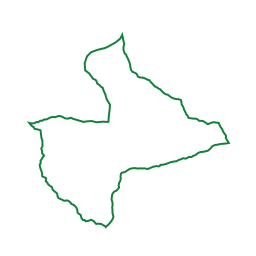 Chang, Thimphu, Bhutan, rotated 168°
{"feature_id": "84629894B66092782557801", "entity_name": "Chang", "entity_type": "district", "adm_level": 2, "iso_a3": "BTN", "parent_name": "Bhutan", "parent_adm1": "Thimphu", "projection": "mercator", "projection_center": [89.678, 27.44], "detail": "fine", "context": "isolated", "style": "outline", "palette": "green", "viewbox_px": 256, "rotation_deg": 168, "n_neighbors": 0, "source": "geoboundaries", "source_scale": "gbopen_adm2", "svg_char_len": 5375}
<svg xmlns="http://www.w3.org/2000/svg" viewBox="0 0 256 256"><g transform="rotate(168 128 128)"><path d="M170.4,35.7L169.5,36.3L167.0,37.8L165.9,38.5L163.7,40.3L161.4,42.8L161.2,43.3L160.7,44.4L160.8,46.5L160.8,48.4L160.1,51.6L160.1,53.3L159.1,55.8L158.7,58.4L158.9,61.6L158.6,62.7L157.5,65.6L157.3,65.9L157.1,66.5L156.8,67.0L156.1,67.5L155.4,68.1L154.6,68.7L153.5,69.0L152.5,69.0L151.4,69.7L150.0,70.9L149.1,71.6L149.1,73.7L148.2,76.0L146.6,77.9L145.6,80.1L145.3,82.4L144.6,84.2L144.2,84.9L143.5,85.5L142.3,85.5L140.1,85.6L137.8,86.5L136.0,87.2L134.5,87.7L132.3,87.6L130.7,87.6L128.3,86.9L127.1,86.3L125.2,86.1L123.2,85.7L120.3,85.1L117.8,84.0L117.0,83.9L115.8,84.0L113.6,84.5L112.1,84.7L110.4,84.9L108.8,84.8L107.5,84.7L105.8,84.0L104.8,84.3L103.9,85.1L103.1,85.1L101.9,84.8L99.1,84.9L97.7,85.0L95.8,85.3L93.6,85.7L92.9,85.6L92.5,85.6L91.9,85.7L90.4,85.7L88.3,85.5L86.9,85.5L84.8,86.3L82.1,86.4L81.1,86.9L79.8,86.9L79.2,86.5L78.2,86.1L77.4,86.2L76.8,86.2L75.9,86.5L75.4,86.7L74.7,87.0L73.8,86.8L73.3,86.7L72.8,86.6L72.2,86.4L71.5,86.5L71.0,86.7L70.1,87.3L68.8,87.3L67.5,87.6L65.5,88.5L64.4,89.1L63.7,89.2L62.0,89.4L61.2,89.3L60.6,89.1L59.7,89.3L59.3,89.2L58.1,88.9L57.4,89.1L56.7,89.2L56.0,89.2L55.5,89.2L54.8,89.1L53.6,89.7L52.1,90.5L50.6,91.6L49.8,92.4L48.5,92.9L46.6,93.2L45.7,93.3L44.8,93.1L42.9,93.1L40.7,93.1L34.6,92.4L32.5,92.4L33.1,94.2L33.8,95.7L34.4,98.2L33.8,99.5L33.9,100.7L34.7,102.2L35.3,103.6L35.8,105.0L36.0,107.0L36.4,107.7L37.2,109.5L37.5,110.7L37.9,111.9L38.2,114.1L40.1,114.8L43.1,115.9L43.5,116.0L45.2,115.7L46.5,115.6L47.9,115.4L48.7,115.2L49.1,115.2L49.5,115.3L50.2,116.4L51.8,117.8L53.1,119.2L54.4,119.6L55.1,119.8L55.6,120.0L57.0,120.3L58.0,121.7L58.5,122.3L59.6,122.9L60.3,123.2L62.1,123.6L62.9,123.8L63.7,124.2L65.2,124.7L65.6,124.9L66.0,125.1L66.7,125.4L67.1,127.4L67.3,127.8L68.1,129.2L68.4,130.8L68.8,132.5L69.4,134.3L69.5,136.7L69.6,137.1L70.6,139.6L70.4,141.4L70.3,144.2L72.1,145.4L72.9,145.8L74.0,146.0L74.9,146.3L77.2,147.4L78.4,148.3L79.5,149.1L80.9,150.8L82.2,152.3L84.4,153.3L85.1,154.2L85.5,154.7L85.9,155.0L86.3,155.4L86.4,155.7L86.9,156.4L88.5,159.2L89.7,160.0L90.4,160.7L90.9,161.4L91.7,162.0L92.2,162.5L93.4,163.3L93.4,163.7L94.1,164.8L94.9,166.2L95.5,167.1L96.3,168.4L96.8,169.4L97.1,170.3L97.7,170.6L98.5,170.9L100.8,172.7L101.5,173.3L102.1,173.6L103.1,174.2L104.9,174.6L106.5,175.3L106.9,175.7L107.7,176.3L107.9,178.0L108.6,179.5L110.1,180.8L111.6,181.7L112.5,183.0L112.8,184.0L113.0,184.7L113.0,186.2L112.9,188.4L112.9,188.8L112.8,189.6L113.0,192.4L113.4,194.4L113.6,195.6L113.7,195.9L114.1,197.3L114.3,198.3L114.5,198.9L114.5,199.9L114.7,200.3L114.9,200.6L115.6,201.3L115.8,202.3L116.0,203.7L116.1,204.4L116.1,205.9L115.5,208.5L115.1,209.2L114.6,210.1L114.1,211.4L114.2,211.8L114.3,212.3L114.3,217.1L114.3,220.3L116.8,217.2L122.2,214.3L129.8,212.0L133.7,211.0L141.5,210.8L148.4,209.8L153.2,206.6L156.9,200.4L157.9,193.3L154.5,189.3L152.0,183.4L149.7,181.8L149.1,180.4L148.9,178.0L147.1,176.1L145.6,173.7L144.4,172.7L144.2,170.2L143.2,165.6L142.9,160.7L141.8,157.4L140.8,154.6L142.1,150.0L143.8,144.9L144.1,144.3L144.4,143.0L144.8,142.1L145.2,140.4L145.5,139.3L145.8,138.2L146.8,138.2L150.7,139.3L155.9,140.0L157.8,140.2L159.9,141.3L160.8,141.7L162.2,142.4L164.4,142.7L166.7,143.0L169.4,143.2L170.2,143.2L171.1,143.7L172.2,144.3L173.0,144.7L174.3,145.4L176.1,146.4L177.3,147.1L178.4,147.6L180.3,148.7L181.2,149.6L182.8,150.0L183.8,149.6L185.4,149.8L187.7,150.6L189.2,152.0L190.3,152.9L191.6,153.6L193.5,154.2L195.8,153.9L196.9,153.7L199.1,154.5L201.4,154.4L203.5,154.0L205.6,153.4L206.4,153.4L207.5,153.6L208.4,153.8L209.5,153.2L210.9,153.0L211.9,153.3L212.8,153.2L213.6,152.8L215.0,152.3L216.2,152.9L217.3,152.5L218.9,152.2L220.4,152.3L222.5,153.0L223.5,153.5L222.9,152.2L222.6,151.6L222.3,151.0L222.0,150.5L221.7,150.1L221.1,149.5L220.5,148.8L220.1,148.5L219.9,147.8L219.7,147.3L219.6,146.8L219.4,146.6L218.9,146.4L218.1,146.0L217.3,145.6L216.3,145.2L215.4,144.8L214.1,144.0L214.1,143.5L214.2,142.8L214.2,142.1L214.3,141.3L214.4,140.6L214.4,140.0L214.5,139.3L214.5,138.6L214.6,137.9L214.6,137.2L214.7,136.5L214.7,136.0L214.6,135.3L214.5,134.7L214.3,133.8L214.5,133.0L214.6,132.3L214.7,131.7L214.8,131.1L214.9,130.5L215.0,129.9L215.2,129.1L215.3,128.5L215.5,127.8L216.0,127.3L216.4,126.8L217.0,126.1L217.0,125.5L217.0,125.0L217.0,124.3L216.9,123.6L216.9,123.2L217.0,122.6L217.2,121.8L217.3,121.3L217.0,120.7L216.7,119.9L215.9,118.8L216.4,117.7L217.3,117.3L219.3,115.0L220.3,114.3L220.7,111.8L221.9,110.6L222.1,109.4L222.1,107.2L221.5,102.6L221.5,100.7L222.0,98.7L221.6,98.2L218.8,96.3L218.6,95.5L219.1,94.4L219.5,93.0L218.6,91.9L218.0,90.3L217.7,89.3L216.7,88.0L216.0,87.4L214.7,85.9L214.6,85.5L214.6,84.8L214.7,83.9L213.6,82.0L213.2,81.4L211.6,79.7L210.9,78.1L211.1,76.4L211.0,75.3L210.5,73.8L207.8,71.9L205.9,70.3L205.0,70.0L203.8,70.0L202.1,69.6L201.1,68.8L200.2,67.7L199.5,66.4L199.1,65.4L197.9,64.6L197.1,64.0L196.7,63.5L196.0,62.6L195.3,61.4L195.0,60.3L194.7,59.2L194.7,58.5L194.7,57.4L194.9,55.5L194.2,54.5L193.5,54.0L192.9,53.4L192.4,52.7L192.3,52.0L192.3,50.0L191.8,48.5L191.6,47.9L191.1,47.4L189.9,47.1L189.3,46.5L189.0,45.8L188.7,45.5L187.6,45.5L186.3,45.4L185.3,45.6L184.5,45.6L183.3,46.0L182.6,45.4L182.1,44.9L181.1,44.4L180.4,43.0L179.5,41.5L179.0,40.7L178.2,40.8L176.3,40.4L175.5,40.1L174.2,39.7L173.5,39.2L173.0,38.6L172.2,37.8L171.0,37.0L170.4,35.7Z" fill="none" stroke="#15803d" stroke-width="2"/></g></svg>